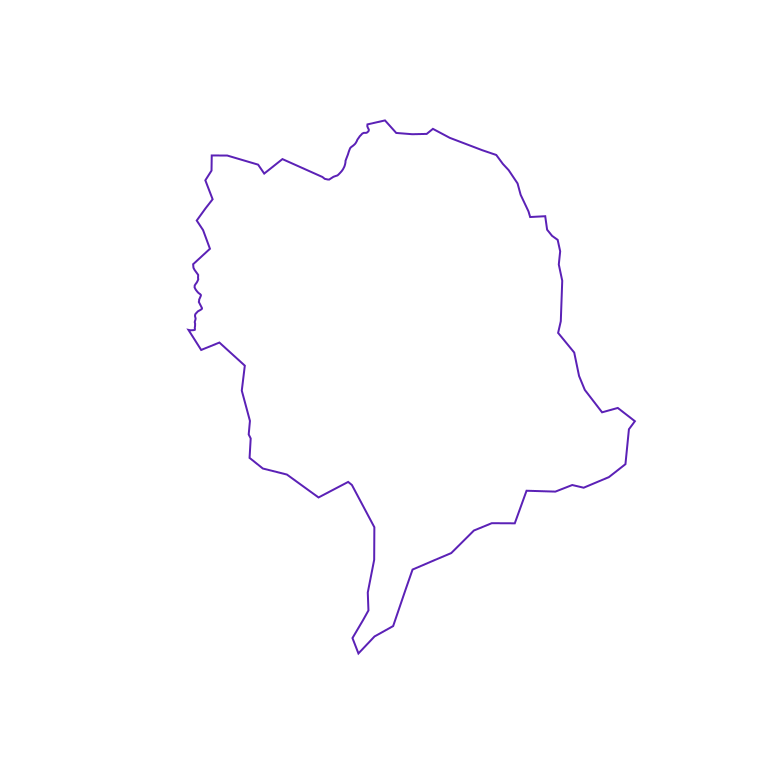 Galuut, Bayanhongor, Mongolia (Mercator projection), rotated 295°
{"feature_id": "93677404B91735821801074", "entity_name": "Galuut", "entity_type": "district", "adm_level": 2, "iso_a3": "MNG", "parent_name": "Mongolia", "parent_adm1": "Bayanhongor", "projection": "mercator", "projection_center": [100.179, 46.747], "detail": "fine", "context": "isolated", "style": "outline", "palette": "violet", "viewbox_px": 768, "rotation_deg": 295, "n_neighbors": 0, "source": "geoboundaries", "source_scale": "gbopen_adm2", "svg_char_len": 2158}
<svg xmlns="http://www.w3.org/2000/svg" viewBox="0 0 768 768"><g transform="rotate(295 384 384)"><path d="M588.0,480.5L589.3,473.7L592.8,466.6L604.2,459.2L597.1,445.9L601.5,442.0L613.2,427.9L622.2,420.3L630.5,406.6L633.7,398.7L639.0,389.0L637.4,374.1L634.9,339.6L635.9,320.5L628.7,317.0L622.3,304.0L616.7,289.0L623.3,273.5L612.3,259.3L610.6,259.9L609.4,261.1L608.2,262.7L607.1,263.1L606.2,263.0L604.5,262.2L603.9,261.4L603.1,259.6L601.8,258.5L600.2,258.0L598.2,257.3L596.8,257.1L594.7,256.7L593.6,256.6L592.6,256.7L590.4,256.5L589.1,256.2L587.2,255.4L584.8,254.1L583.7,253.7L582.3,253.7L579.6,253.9L576.8,254.3L572.4,254.6L570.0,254.8L568.6,255.4L566.6,255.9L564.4,256.2L561.3,256.1L559.1,255.7L556.8,255.0L554.8,254.3L553.4,253.7L551.7,251.9L550.4,250.6L546.1,247.9L545.6,246.7L544.9,243.6L545.6,240.7L544.9,196.9L524.1,186.5L529.6,177.2L524.8,145.3L518.3,131.3L504.5,137.5L493.1,136.0L479.0,150.6L467.7,148.0L453.0,145.2L447.0,155.0L433.0,169.1L411.9,160.4L408.8,162.2L407.4,164.0L406.4,165.8L405.4,167.6L404.4,169.4L403.6,169.8L401.6,170.6L400.4,171.4L398.3,171.5L396.7,171.4L395.5,171.1L393.3,170.8L391.5,171.5L390.0,173.4L388.9,175.5L388.1,177.4L387.7,179.6L387.2,180.5L386.5,180.7L384.3,180.8L382.4,180.8L381.2,181.3L380.1,181.5L375.9,186.9L375.3,187.2L374.3,186.8L372.8,185.8L371.6,184.9L370.9,184.5L369.8,184.2L368.7,183.8L367.5,183.5L366.4,183.7L365.3,184.3L363.9,185.5L362.6,185.9L361.1,186.1L360.1,186.3L358.9,187.3L356.6,188.3L355.1,188.7L353.7,189.5L353.1,189.6L352.3,188.6L351.7,187.5L350.8,185.6L350.4,183.9L337.6,203.9L352.0,217.3L341.8,250.1L317.9,257.9L293.9,278.1L281.1,282.7L278.3,286.2L260.2,293.4L256.2,309.9L260.9,334.3L253.5,372.6L280.1,392.9L278.9,397.6L250.1,435.8L220.5,449.4L188.2,457.4L172.2,465.6L161.1,464.8L140.4,462.8L129.0,474.7L151.2,482.1L168.5,494.6L206.3,490.5L227.9,488.3L245.8,504.3L259.2,516.4L289.2,527.4L303.4,540.5L313.0,561.4L347.5,558.3L358.9,584.8L372.0,597.3L374.4,608.8L394.7,627.2L413.4,636.7L446.5,625.1L456.3,627.1L461.1,606.0L450.5,593.6L463.5,568.5L473.7,557.4L492.9,543.1L503.9,520.2L515.6,517.7L552.9,501.9L566.2,491.9L578.7,487.6L588.0,480.5Z" fill="none" stroke="#5b21b6" stroke-width="2"/></g></svg>